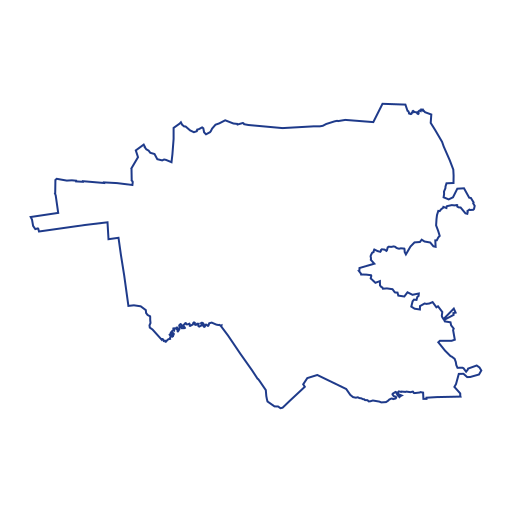 the district of Bikstu pag., Dobele, Latvia
{"feature_id": "27541924B53901275310050", "entity_name": "Bikstu pag.", "entity_type": "district", "adm_level": 2, "iso_a3": "LVA", "parent_name": "Latvia", "parent_adm1": "Dobele", "projection": "albers", "projection_center": [22.941, 56.67], "detail": "fine", "context": "isolated", "style": "outline", "palette": "blue", "viewbox_px": 512, "rotation_deg": 0, "n_neighbors": 0, "source": "geoboundaries", "source_scale": "gbopen_adm2", "svg_char_len": 6083}
<svg xmlns="http://www.w3.org/2000/svg" viewBox="0 0 512 512"><path d="M104.1,183.0L82.9,181.2L82.9,181.8L76.1,181.4L76.1,180.7L71.8,180.3L66.8,180.6L56.7,178.8L55.4,180.0L55.2,193.4L55.0,193.5L55.7,195.4L58.2,212.9L30.7,217.0L32.0,219.6L33.1,225.9L35.3,229.1L37.8,228.4L38.2,228.6L39.0,231.5L84.9,225.0L107.5,222.3L108.5,239.2L118.5,237.8L120.9,254.8L124.2,275.5L128.4,305.9L133.9,305.3L140.7,306.3L145.8,310.1L146.1,313.0L147.6,315.0L150.1,316.3L150.2,317.3L150.2,319.8L150.5,323.0L149.5,325.3L149.8,327.6L152.5,329.5L161.6,339.6L161.8,339.0L162.4,339.0L163.2,339.5L163.8,341.0L165.1,340.7L165.7,341.1L165.7,341.7L166.1,341.6L166.8,340.6L168.4,339.2L170.1,338.9L170.0,338.0L170.6,336.5L171.5,336.1L172.2,336.7L173.0,336.2L173.1,335.3L172.0,334.8L173.4,334.9L173.7,334.6L173.7,333.5L172.3,332.6L170.9,334.2L170.6,335.2L170.0,335.2L169.7,334.8L170.1,334.5L170.9,332.5L172.4,330.8L173.1,330.5L174.1,330.7L174.2,329.6L173.4,329.1L173.3,328.8L173.4,328.4L175.6,328.3L176.3,328.8L176.8,328.0L176.8,327.6L177.2,327.6L177.6,329.4L177.7,330.3L177.5,330.9L177.7,331.4L178.0,331.4L179.4,329.2L179.4,328.0L180.5,327.2L180.2,326.6L179.3,326.1L179.2,325.6L179.4,325.1L180.5,324.1L181.3,324.5L181.9,325.7L181.9,326.5L181.5,327.5L181.8,328.2L184.2,328.2L184.9,327.9L184.7,327.4L183.8,326.5L183.4,325.3L185.4,323.1L185.9,323.2L186.4,324.3L187.8,324.3L189.4,323.7L189.8,324.5L189.8,325.8L190.2,325.9L192.8,324.5L193.0,324.1L193.2,323.1L194.0,322.4L194.8,322.8L194.9,324.3L195.3,324.9L196.0,324.9L197.2,323.7L198.6,323.8L198.2,325.2L198.3,325.9L199.2,326.6L201.6,325.4L201.7,324.6L201.0,323.2L201.9,322.7L202.8,323.0L203.6,324.0L203.8,324.5L203.4,325.3L203.5,326.2L204.2,326.9L204.8,326.6L205.5,325.0L205.9,324.6L206.6,324.7L207.5,325.7L208.0,325.9L208.5,325.5L209.2,323.3L211.7,322.6L216.3,324.6L218.3,325.0L219.6,324.9L220.6,325.8L221.5,325.4L221.4,326.7L228.0,335.5L240.3,353.7L252.1,370.4L257.6,378.8L258.2,379.1L259.6,381.0L265.8,390.1L266.3,396.1L266.9,399.2L267.5,401.5L274.5,406.4L278.1,406.5L280.5,408.2L282.6,407.7L289.9,400.7L304.8,386.8L303.2,384.3L307.3,378.1L317.3,375.0L346.2,389.0L350.3,394.9L353.0,397.1L355.8,397.7L357.8,397.3L359.4,398.1L361.2,398.3L363.0,399.2L364.2,399.3L365.0,400.1L367.5,400.2L368.7,401.4L370.2,401.3L372.9,400.5L379.3,401.6L381.3,402.4L386.0,402.1L388.0,400.8L389.2,399.6L391.0,398.7L391.9,398.5L393.2,399.1L395.6,398.5L396.2,397.7L395.9,396.9L394.9,396.4L393.9,396.3L392.5,394.5L392.7,393.7L395.6,391.9L395.9,392.0L397.7,395.4L399.5,397.1L400.1,396.3L401.6,395.5L399.1,394.5L398.3,393.9L398.0,393.0L398.2,391.9L398.8,391.4L401.2,391.9L401.5,391.6L405.5,391.9L406.4,391.6L410.6,392.2L412.7,391.6L413.1,391.7L413.7,392.9L414.6,393.1L419.8,392.5L420.4,392.1L423.1,392.6L423.4,398.9L426.5,398.9L426.5,397.7L436.7,397.1L460.5,396.6L460.3,395.9L460.2,393.4L454.4,386.9L456.0,384.1L458.8,373.9L463.5,373.8L467.2,377.1L470.2,377.0L479.0,374.5L481.3,370.5L479.5,367.5L476.7,365.5L468.1,368.6L467.7,369.7L466.1,371.7L463.5,368.2L462.3,367.7L457.5,367.8L456.3,365.1L455.8,362.0L454.6,358.8L451.7,356.6L450.5,356.1L445.0,350.6L438.3,342.3L439.9,340.8L451.6,340.8L454.8,339.7L453.1,330.1L453.7,328.6L451.1,325.3L450.5,322.3L444.8,321.4L444.3,319.8L453.6,314.9L453.4,313.1L455.6,312.6L453.8,308.6L443.5,319.1L442.3,317.3L441.8,315.9L442.3,312.0L438.0,306.3L436.4,307.3L432.6,302.1L429.3,303.5L426.4,303.9L424.6,303.5L420.0,306.1L419.9,309.5L414.6,308.7L411.3,306.6L412.6,301.3L414.0,299.6L416.5,299.9L417.3,297.0L418.6,295.9L418.8,293.5L412.5,294.8L407.5,292.3L404.3,296.5L398.3,295.6L397.5,292.6L395.1,292.5L394.4,291.8L392.5,289.2L386.9,288.4L382.9,288.7L382.4,287.5L381.2,286.9L380.0,285.4L379.9,281.1L375.4,282.8L370.7,278.4L371.3,275.9L371.0,275.2L366.1,274.6L361.1,274.5L361.0,273.7L359.1,271.2L359.3,271.2L359.5,268.0L374.3,263.7L370.8,259.8L371.0,259.2L370.9,257.6L370.6,256.7L370.8,255.5L372.0,253.0L372.5,252.5L373.5,252.2L374.0,250.1L374.3,249.5L377.6,251.1L380.3,251.8L380.9,251.0L381.0,250.0L381.8,249.3L384.6,249.6L386.4,250.9L386.9,250.4L387.7,247.4L388.7,246.7L391.4,246.9L393.7,246.4L395.4,246.9L396.4,247.9L398.1,248.5L399.1,248.7L400.9,248.3L404.3,248.6L404.5,249.0L404.7,252.0L405.9,254.4L410.5,246.5L414.5,242.4L419.9,242.0L421.7,239.7L424.5,241.5L430.2,242.5L433.4,246.3L435.6,246.8L435.3,240.4L436.8,240.3L438.3,237.4L439.7,235.9L438.2,231.0L436.1,225.4L436.5,219.0L437.0,215.0L438.3,210.9L439.7,211.1L441.1,209.3L443.1,207.8L443.4,206.9L446.4,208.0L446.7,206.4L446.9,206.2L451.7,205.1L454.8,205.4L456.9,205.0L457.2,205.1L457.2,206.3L457.4,206.7L458.8,207.4L460.6,207.5L465.4,213.3L467.3,213.8L467.7,212.1L467.4,211.1L469.4,209.6L470.1,210.0L473.2,209.8L474.0,209.0L474.7,205.9L473.2,203.3L473.6,202.4L470.9,198.0L469.2,197.7L464.0,188.3L457.3,188.7L453.0,197.3L448.7,199.4L443.6,197.3L444.1,194.1L444.0,191.6L445.4,188.2L445.5,186.5L446.5,183.3L453.5,183.0L453.6,175.6L453.3,169.6L449.8,160.4L443.7,146.5L442.1,141.9L435.2,130.1L430.7,122.9L431.3,114.5L425.0,112.2L423.7,110.7L423.2,110.9L422.7,110.6L422.8,109.6L421.1,109.5L420.7,111.1L419.6,110.5L418.7,111.2L418.0,111.9L418.7,112.9L418.6,113.6L418.2,114.0L417.5,113.7L416.5,112.3L414.7,112.1L413.1,110.9L412.8,111.1L413.1,111.9L413.0,112.3L412.6,112.7L411.8,112.6L411.3,113.4L411.3,113.9L410.7,114.1L409.1,113.5L409.2,113.2L408.3,111.2L407.5,110.8L405.4,104.6L382.5,103.8L373.3,122.1L345.3,119.9L338.1,121.1L337.1,120.8L334.4,121.4L326.2,124.0L322.8,125.8L320.0,126.3L314.3,126.3L282.5,128.1L248.4,125.0L244.1,124.2L243.5,123.3L242.9,123.0L237.5,124.5L237.2,123.9L233.4,123.5L225.2,120.3L219.2,123.4L215.5,124.7L212.1,128.6L210.8,131.2L210.0,132.2L206.0,134.3L204.1,132.3L203.3,128.3L202.1,127.4L198.6,129.3L197.2,129.6L196.8,131.2L193.9,132.2L190.1,130.4L185.6,126.5L184.1,126.4L182.1,124.7L180.9,122.3L179.8,123.5L173.6,127.9L173.6,139.0L172.4,154.4L171.5,162.2L166.0,159.9L164.1,159.5L162.2,160.4L157.3,159.2L154.5,154.0L150.3,152.8L148.6,150.6L146.3,149.3L144.7,147.1L144.9,146.9L143.7,144.6L135.8,150.4L138.0,157.2L131.4,168.4L131.5,168.5L131.7,179.9L131.6,180.4L132.6,181.5L132.7,182.5L132.4,185.0L117.1,183.1L104.0,182.4L104.1,183.0Z" fill="none" stroke="#1e3a8a" stroke-width="2"/></svg>